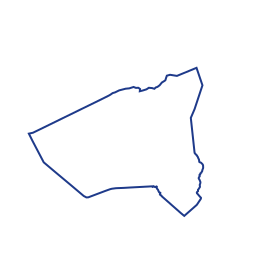 outline of Azacualpa, Santa Bárbara, Honduras, rotated 19°
{"feature_id": "27666195B45825573496458", "entity_name": "Azacualpa", "entity_type": "district", "adm_level": 2, "iso_a3": "HND", "parent_name": "Honduras", "parent_adm1": "Santa Bárbara", "projection": "albers", "projection_center": [-88.529, 15.379], "detail": "fine", "context": "isolated", "style": "outline", "palette": "blue", "viewbox_px": 256, "rotation_deg": 19, "n_neighbors": 0, "source": "geoboundaries", "source_scale": "gbopen_adm2", "svg_char_len": 2874}
<svg xmlns="http://www.w3.org/2000/svg" viewBox="0 0 256 256"><g transform="rotate(19 128 128)"><path d="M36.1,165.6L41.8,171.2L59.5,187.9L72.9,193.1L92.3,200.5L108.3,206.7L110.9,207.1L111.2,207.2L113.0,206.5L127.0,194.9L131.0,191.7L132.5,190.7L136.3,188.8L143.5,186.0L149.8,183.4L169.8,175.3L170.0,175.5L170.3,175.7L170.5,175.7L170.7,175.4L170.7,175.2L170.8,175.0L170.8,174.9L171.0,174.8L171.1,174.7L171.3,174.7L171.5,174.8L171.8,174.9L172.0,175.0L172.3,175.0L172.6,175.0L172.8,175.0L173.0,174.9L173.3,174.8L173.3,174.7L173.6,174.4L173.8,174.1L174.0,174.0L174.3,174.1L174.3,174.3L174.4,174.5L174.5,174.7L174.5,174.9L174.6,175.0L174.7,175.3L174.8,175.4L174.8,175.5L175.0,175.7L175.0,175.8L175.3,176.0L175.5,176.1L175.8,176.3L176.0,176.4L176.2,176.5L176.3,176.5L176.5,176.7L176.6,176.8L176.8,177.0L177.0,177.2L177.0,177.3L177.3,177.6L177.4,177.8L177.6,178.0L177.8,178.1L178.0,178.3L178.2,178.5L178.3,178.5L178.5,178.6L178.8,178.7L179.0,178.7L179.3,178.7L179.3,178.8L179.5,178.8L179.5,179.0L179.6,179.3L179.7,179.5L179.7,179.8L179.8,179.8L179.8,180.0L179.9,180.3L180.0,180.3L180.1,180.5L180.3,180.7L180.4,180.8L180.5,180.8L180.8,180.8L181.0,180.9L181.3,181.0L181.5,181.0L181.8,181.2L181.8,181.3L182.0,181.5L205.3,191.1L209.8,192.8L218.1,178.2L219.9,171.3L219.8,170.4L219.6,170.1L218.9,169.8L217.5,169.0L216.8,168.6L216.0,168.1L214.9,167.5L214.5,167.3L214.1,166.7L214.1,166.3L214.3,165.7L214.7,165.2L214.8,164.9L214.5,164.2L214.3,163.6L214.6,162.9L215.0,161.2L215.2,160.6L215.0,159.7L214.4,158.6L214.3,158.1L214.4,157.4L214.3,156.5L214.2,155.9L213.9,155.3L213.1,154.4L212.3,153.5L211.6,153.0L211.2,152.5L211.1,152.0L211.2,151.2L211.4,150.8L211.5,150.2L211.3,149.9L211.0,149.5L210.9,148.9L211.2,148.6L211.4,148.4L211.2,147.7L211.2,147.3L211.5,146.9L211.9,146.4L211.9,145.6L212.1,145.0L212.2,144.4L212.0,143.8L212.0,142.9L212.1,141.7L211.9,140.8L211.5,139.8L211.1,138.8L210.4,138.1L209.7,137.7L208.7,137.2L208.1,137.0L207.2,137.0L206.7,137.0L206.2,136.4L206.0,135.9L205.3,134.6L205.2,134.5L205.0,134.4L204.9,134.3L204.8,134.2L204.7,134.1L204.4,133.8L204.2,133.6L204.1,133.4L203.9,133.2L203.7,133.0L203.6,132.9L203.5,132.7L203.4,132.6L203.2,132.5L203.1,132.4L202.8,132.2L202.7,132.1L202.5,131.9L202.3,131.8L202.3,131.7L202.2,131.6L201.9,131.4L201.7,131.3L201.5,131.2L201.4,131.2L201.1,131.1L200.9,130.9L200.7,130.8L199.8,130.4L199.7,130.3L199.5,130.1L199.3,130.0L199.3,129.9L199.2,129.8L199.1,129.7L198.9,129.5L198.8,129.3L184.1,98.0L184.8,88.5L184.5,63.4L173.2,48.8L157.3,62.8L150.4,64.0L147.7,65.9L147.7,68.6L147.8,70.5L147.4,71.3L145.2,74.0L144.0,77.3L142.5,79.5L141.0,80.7L140.2,82.3L138.8,82.4L137.8,82.4L134.6,83.2L132.9,85.4L129.8,87.7L127.2,89.4L126.7,87.2L124.7,86.6L122.4,87.5L119.9,87.4L116.3,90.1L113.0,91.6L107.4,95.3L104.1,98.6L102.1,100.0L100.6,102.1L99.3,103.6L93.9,109.1L42.0,161.1L39.7,163.4L36.1,165.6Z" fill="none" stroke="#1e3a8a" stroke-width="2"/></g></svg>